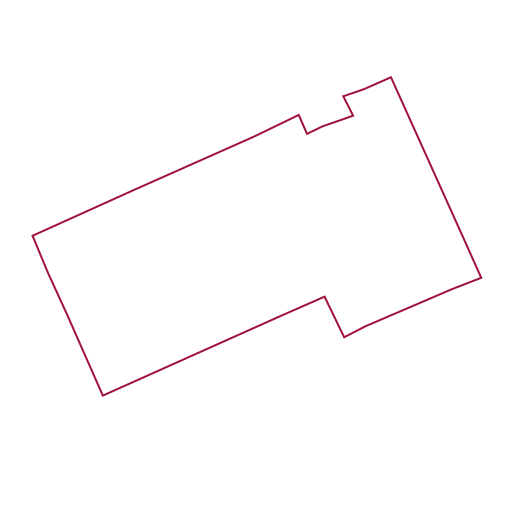 Oneida, Wisconsin, United States of America (Equal Earth projection), rotated 336°
{"feature_id": "52423323B37624574401455", "entity_name": "Oneida", "entity_type": "district", "adm_level": 2, "iso_a3": "USA", "parent_name": "United States of America", "parent_adm1": "Wisconsin", "projection": "equal_earth", "projection_center": [-89.465, 45.683], "detail": "fine", "context": "isolated", "style": "outline", "palette": "rose", "viewbox_px": 512, "rotation_deg": 336, "n_neighbors": 0, "source": "geoboundaries", "source_scale": "gbopen_adm2", "svg_char_len": 413}
<svg xmlns="http://www.w3.org/2000/svg" viewBox="0 0 512 512"><g transform="rotate(336 256 256)"><path d="M60.1,146.6L59.1,187.2L59.6,231.7L59.3,321.2L254.7,320.8L302.1,321.0L303.5,366.1L327.5,364.7L421.9,366.0L452.9,367.5L452.8,323.5L452.0,147.6L422.8,147.5L400.7,145.6L401.8,167.3L369.2,164.6L352.3,165.2L352.4,144.5L303.3,146.1L172.7,146.0L60.1,146.6Z" fill="none" stroke="#9f1239" stroke-width="2"/></g></svg>